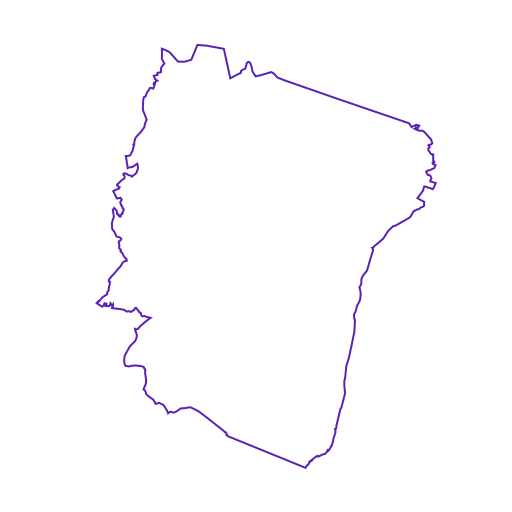 Copándaro, Michoacán, Mexico, rotated 105°
{"feature_id": "50627088B77447003325256", "entity_name": "Copándaro", "entity_type": "district", "adm_level": 2, "iso_a3": "MEX", "parent_name": "Mexico", "parent_adm1": "Michoacán", "projection": "orthographic", "projection_center": [-101.212, 19.917], "detail": "fine", "context": "isolated", "style": "outline", "palette": "violet", "viewbox_px": 512, "rotation_deg": 105, "n_neighbors": 0, "source": "geoboundaries", "source_scale": "gbopen_adm2", "svg_char_len": 6094}
<svg xmlns="http://www.w3.org/2000/svg" viewBox="0 0 512 512"><g transform="rotate(105 256 256)"><path d="M160.5,397.2L163.7,398.5L164.1,398.5L167.1,399.9L171.8,402.4L173.4,403.0L176.9,403.1L179.5,402.6L180.6,402.5L180.6,403.0L181.5,402.5L184.2,402.6L185.9,402.4L186.9,402.6L188.9,403.1L191.1,403.6L191.6,403.8L192.8,406.3L193.1,407.6L202.3,403.5L204.3,402.7L203.8,402.2L201.7,398.1L197.5,394.6L200.6,393.0L202.3,392.7L203.1,392.6L204.5,392.9L206.5,393.0L208.1,393.8L209.5,395.0L211.5,396.4L210.7,397.7L210.9,398.9L210.8,400.3L210.0,402.7L210.2,404.2L210.6,405.1L211.0,405.4L211.8,405.1L212.5,404.0L213.3,403.5L214.1,403.3L214.7,403.3L215.3,403.5L216.0,403.8L217.2,405.1L223.0,408.7L223.3,408.7L223.7,408.4L224.1,408.0L224.1,407.2L224.7,406.7L224.8,406.2L224.9,405.5L226.3,405.8L228.9,409.2L230.3,410.7L236.5,405.2L234.9,402.0L236.2,400.3L239.2,401.0L240.0,400.7L240.5,400.2L241.3,399.9L241.4,399.6L242.2,399.0L242.2,398.7L242.5,398.6L243.6,397.4L244.4,397.3L244.8,396.1L245.8,395.6L248.9,396.4L249.2,395.9L250.2,396.3L250.5,396.5L250.8,397.0L251.5,397.2L252.1,397.0L252.8,397.0L253.0,397.1L252.9,397.7L253.2,398.1L252.6,398.9L252.2,399.1L252.2,399.6L251.4,399.7L251.3,400.6L251.1,401.3L249.1,401.8L248.3,402.6L246.8,404.5L246.3,405.5L248.0,405.9L248.3,406.3L249.8,405.7L253.0,404.2L254.6,403.6L255.9,403.5L258.7,403.7L261.8,403.7L264.1,402.8L266.2,402.3L266.8,402.0L267.6,401.4L268.8,399.7L270.0,398.4L271.4,397.2L272.5,396.6L272.8,396.3L273.1,395.7L273.3,394.7L273.3,393.6L273.3,392.5L273.5,391.8L273.9,391.0L274.2,390.6L274.8,390.5L276.2,391.1L276.4,391.2L276.5,391.6L277.1,392.0L277.6,392.2L278.3,392.2L279.2,391.6L281.6,390.6L282.6,390.5L284.1,390.0L284.2,389.8L284.7,388.6L285.2,388.0L285.4,387.9L286.5,388.2L287.8,385.8L288.4,385.3L289.7,384.3L291.1,382.8L292.6,380.2L294.0,379.6L295.4,382.0L297.4,383.2L300.9,384.1L304.3,386.0L307.2,387.2L312.9,390.1L313.2,390.6L314.2,390.6L316.5,391.9L318.7,391.5L318.8,391.2L318.8,390.4L321.5,389.9L323.0,390.0L325.2,389.9L327.1,389.4L329.8,390.3L331.4,389.9L332.4,390.6L333.0,391.3L336.0,393.9L340.6,395.9L340.3,396.4L342.8,397.7L344.8,391.5L343.5,390.5L340.8,390.1L340.8,388.3L343.1,388.8L343.3,387.7L342.4,387.2L342.7,386.3L342.4,384.7L339.3,384.3L341.2,382.4L340.6,381.9L339.7,381.6L340.7,381.2L343.6,381.6L342.4,373.1L342.1,369.9L343.1,366.3L342.2,364.7L342.4,362.4L342.1,362.1L341.2,361.4L339.8,359.8L338.2,359.6L337.2,359.0L337.1,358.3L337.7,358.0L338.2,357.3L338.8,356.0L339.8,355.0L340.2,354.2L340.7,354.0L340.6,353.3L341.0,352.5L342.8,351.6L343.6,350.1L343.5,349.4L343.0,348.6L342.8,347.9L343.1,346.9L343.1,346.1L343.0,341.8L346.4,344.5L348.5,346.1L353.9,349.8L357.0,351.1L357.8,352.5L357.8,353.4L357.7,354.0L359.1,353.4L361.3,351.8L363.2,350.6L366.0,350.2L369.5,350.7L375.7,354.4L386.2,357.0L390.5,356.5L393.6,355.4L395.9,353.7L395.6,350.4L394.4,348.0L392.8,343.8L392.6,340.9L392.1,339.8L392.1,337.8L392.4,335.5L393.5,334.9L394.3,333.5L395.7,333.4L396.6,333.0L397.8,332.8L403.7,330.2L406.1,329.6L407.0,329.4L410.5,329.6L411.8,330.0L414.0,330.0L414.0,329.8L414.3,329.1L415.1,328.0L416.3,327.1L417.5,326.6L417.8,326.1L419.1,324.0L420.6,320.2L421.0,318.6L423.6,315.6L424.3,315.4L424.7,314.2L422.9,311.7L423.4,309.3L423.7,307.3L424.3,306.3L426.1,304.3L428.4,301.9L430.7,300.2L429.3,299.3L428.4,297.7L428.7,295.7L428.5,294.7L426.6,292.5L422.8,289.3L421.8,286.7L421.7,286.2L419.3,280.9L419.2,279.2L420.6,272.7L420.8,272.1L421.0,271.0L423.2,265.5L433.3,241.8L433.6,241.5L434.3,240.3L434.0,239.7L434.6,239.0L435.9,237.9L436.5,238.2L437.4,236.2L447.8,153.3L447.3,153.3L445.4,152.6L444.1,152.0L444.0,151.6L443.1,151.3L442.5,151.2L441.9,151.0L441.6,151.0L441.0,150.9L440.1,150.0L440.1,150.5L434.2,146.1L433.2,145.1L433.1,144.8L433.3,144.4L433.7,143.9L431.8,141.8L431.0,141.2L429.9,139.0L428.1,137.3L426.1,136.8L426.0,136.1L425.6,135.9L425.2,135.9L424.6,136.2L424.5,135.6L424.3,135.2L423.6,134.8L422.6,134.7L422.1,134.5L421.6,134.4L420.4,134.5L420.3,134.4L420.1,133.9L415.4,133.6L412.6,133.9L406.0,133.6L404.7,133.9L403.2,134.6L403.3,134.2L402.3,134.2L402.0,134.0L398.8,134.4L382.2,134.9L380.6,134.3L365.4,134.4L361.7,135.9L358.5,137.1L353.5,138.4L350.7,138.4L338.5,140.3L330.6,139.9L318.6,140.5L303.6,141.4L292.3,143.8L291.9,144.4L289.3,145.5L287.2,146.2L284.8,145.6L282.8,145.4L279.1,145.5L276.9,145.3L273.9,144.5L270.7,144.2L264.9,145.2L260.9,147.1L259.7,148.0L256.0,147.1L250.4,148.3L246.9,147.4L241.3,145.0L227.6,144.7L219.6,144.4L218.0,146.0L217.3,144.8L216.1,144.5L212.6,141.9L206.3,137.6L199.4,135.4L197.0,134.5L191.6,131.1L190.8,129.4L188.7,127.2L185.2,123.7L179.4,117.8L177.6,116.8L171.8,115.3L171.6,114.8L169.2,112.3L168.5,110.6L166.7,109.6L164.9,107.1L163.8,106.7L161.2,107.4L160.2,107.5L158.4,115.0L152.3,112.6L149.6,111.6L147.6,111.6L145.3,111.5L145.0,110.3L145.1,109.4L145.5,108.2L145.2,107.1L145.7,102.6L144.2,102.0L139.0,101.3L138.9,107.0L137.9,107.3L136.1,106.5L135.0,107.1L133.7,108.1L133.0,109.2L133.2,111.1L131.9,112.3L130.8,113.4L129.9,113.2L129.3,112.6L128.2,110.5L125.0,106.5L121.7,106.1L121.3,109.1L120.1,109.5L119.4,108.1L118.5,108.3L118.1,109.5L112.3,111.0L112.6,111.5L112.0,111.7L112.2,113.0L111.6,114.2L110.8,114.9L109.4,116.8L107.6,117.4L106.0,116.4L105.3,117.0L104.5,118.1L103.8,117.8L103.2,116.0L101.6,114.9L98.0,117.1L95.3,121.4L92.8,125.1L91.9,127.6L92.8,131.3L92.0,135.7L90.5,133.9L90.2,134.2L90.5,132.8L87.8,132.1L87.8,135.2L91.1,139.1L88.2,142.5L83.3,214.9L78.9,274.2L78.1,281.3L75.1,286.1L74.4,288.9L79.4,297.0L82.6,302.8L78.7,307.1L74.3,309.3L70.8,311.8L70.4,313.7L71.9,314.8L75.7,314.8L77.9,314.9L79.6,317.1L81.2,318.4L83.0,318.0L85.7,321.2L91.0,326.8L64.2,340.7L65.6,358.1L67.3,367.2L83.2,369.3L86.7,375.1L88.5,381.6L83.8,388.6L81.5,392.3L80.6,396.4L80.1,400.6L85.5,399.0L89.9,398.0L93.9,394.3L94.7,394.8L97.0,395.8L98.6,396.3L103.2,395.5L104.6,398.6L105.1,398.5L106.6,398.0L108.4,401.4L111.1,399.4L112.2,396.7L113.0,397.8L113.4,398.1L115.8,398.2L115.2,399.2L116.4,399.4L117.0,398.2L118.1,398.2L120.9,398.6L120.8,400.8L121.0,401.8L126.3,403.6L130.4,404.0L131.4,405.3L134.0,405.4L143.1,403.4L145.2,402.4L147.1,400.9L152.6,396.9L157.1,397.5L160.5,397.2Z" fill="none" stroke="#5b21b6" stroke-width="2"/></g></svg>